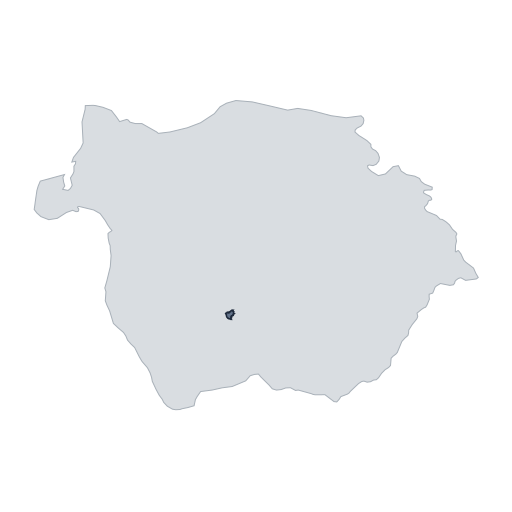 Ditrau, Harghita, Romania shown in context, rotated 181°
{"feature_id": "2599482B10116484891151", "entity_name": "Ditrau", "entity_type": "district", "adm_level": 2, "iso_a3": "ROU", "parent_name": "Romania", "parent_adm1": "Harghita", "projection": "orthographic", "projection_center": [25.527, 46.847], "detail": "fine", "context": "in_parent", "style": "filled", "palette": "slate", "viewbox_px": 512, "rotation_deg": 181, "n_neighbors": 0, "source": "geoboundaries", "source_scale": "gbopen_adm2", "svg_char_len": 5556}
<svg xmlns="http://www.w3.org/2000/svg" viewBox="0 0 512 512"><g transform="rotate(181 256 256)"><path d="M407.4,288.9L412.6,295.7L419.1,299.2L433.9,302.5L435.2,302.0L435.3,301.3L434.2,300.3L434.0,299.0L434.7,297.4L436.7,297.2L440.1,298.5L446.3,296.2L455.3,290.2L463.8,288.7L471.7,291.6L475.9,295.2L478.6,298.7L478.0,303.2L477.7,306.0L476.2,317.7L475.0,322.1L473.0,327.1L448.9,334.1L450.4,331.2L449.6,326.4L448.4,322.7L450.5,319.3L445.0,318.3L442.7,320.3L441.0,323.5L442.9,330.8L440.4,334.9L439.5,337.3L439.6,342.6L438.1,345.0L437.9,347.5L441.8,346.7L440.2,351.4L433.2,360.6L430.8,366.0L432.3,387.0L429.4,399.7L429.3,403.4L421.4,403.8L419.1,403.6L411.6,402.0L403.1,398.9L398.0,392.6L394.7,388.0L387.7,390.3L386.3,389.8L384.3,387.6L379.0,386.3L372.4,386.4L357.5,378.3L355.8,376.9L344.2,378.5L326.9,383.0L313.7,388.3L300.1,397.6L294.5,404.6L288.1,408.3L278.8,411.1L262.4,410.0L245.3,406.4L226.9,402.4L216.9,404.3L203.5,402.5L183.4,397.6L168.3,395.8L153.4,398.0L151.0,395.8L150.5,393.5L151.2,390.2L153.3,387.7L157.0,385.8L159.0,383.8L159.2,381.7L155.3,378.3L147.2,373.4L143.9,370.4L143.1,369.7L143.0,367.1L141.4,365.0L138.2,363.4L135.8,360.7L134.3,356.7L134.8,353.1L137.4,349.8L140.6,348.4L144.5,349.0L146.1,348.1L145.5,345.7L141.9,342.5L135.1,338.5L128.0,340.3L120.5,347.7L115.2,348.8L112.3,343.4L106.8,340.0L98.7,338.6L93.9,336.4L92.1,333.3L88.7,330.8L81.0,327.9L81.1,325.5L82.4,325.0L85.1,325.0L88.9,324.6L89.5,323.3L89.6,322.1L86.8,320.4L83.9,319.2L82.4,318.1L81.5,316.8L81.3,315.6L82.2,314.8L83.4,314.8L84.6,314.1L85.4,311.3L87.2,309.1L88.3,308.3L88.3,306.6L87.2,304.9L85.7,303.4L83.4,302.5L76.2,299.6L72.6,296.0L70.4,295.8L66.9,293.7L63.1,290.5L60.0,286.1L56.6,283.2L55.7,282.0L55.7,281.0L56.4,279.8L56.5,278.5L55.8,274.4L56.7,270.1L56.7,266.0L56.8,264.1L56.1,263.5L55.5,264.1L54.5,264.8L53.7,264.9L51.2,261.8L48.2,255.5L46.1,253.4L41.8,250.3L38.3,247.7L35.9,242.5L33.4,238.4L35.3,236.9L46.0,235.3L50.8,237.8L53.1,237.2L55.4,235.5L56.6,234.1L56.9,232.5L58.1,230.7L61.7,230.0L71.1,231.7L75.1,229.2L76.5,227.8L77.6,224.6L78.7,222.0L82.2,220.8L82.2,218.4L81.9,215.8L84.1,210.1L85.5,207.8L87.4,207.0L89.8,205.3L94.0,201.7L93.2,198.4L94.1,196.0L98.6,190.2L102.0,184.6L102.1,181.7L102.7,179.2L105.6,176.6L108.7,173.1L113.0,162.1L114.5,160.3L117.1,158.3L119.1,156.2L119.6,148.9L121.5,146.8L124.9,144.6L128.4,140.9L131.3,136.5L133.5,134.4L136.3,134.0L139.3,132.3L142.7,131.8L145.9,132.8L148.0,132.4L151.2,130.3L159.4,122.2L160.6,120.6L162.2,119.5L168.7,116.9L170.4,114.1L172.7,111.5L175.5,111.8L184.6,118.5L194.6,118.3L196.4,118.6L197.0,118.8L198.2,119.3L211.4,122.7L213.4,122.4L214.0,122.2L219.3,124.9L224.0,124.6L228.5,122.9L233.2,122.3L237.4,123.5L240.7,127.2L249.0,135.1L251.5,138.0L255.4,137.6L259.7,136.2L264.1,131.0L277.5,125.1L287.6,123.6L297.5,121.2L309.0,119.5L312.3,114.6L314.1,111.3L315.3,105.2L321.4,103.3L327.3,102.0L329.3,101.2L333.6,100.9L336.9,101.4L342.1,104.3L345.7,108.0L347.2,111.0L350.4,115.2L353.7,121.1L357.5,128.9L358.3,132.9L359.8,137.2L362.6,142.4L367.8,148.2L368.6,149.3L371.0,153.3L375.7,162.3L379.6,165.9L383.0,169.7L384.7,173.7L387.1,177.2L392.8,181.9L397.4,186.1L401.4,198.6L404.2,204.3L405.9,208.6L405.4,217.6L406.6,221.4L404.7,228.5L401.5,242.7L400.9,253.9L401.8,259.9L402.0,263.8L403.0,266.2L404.1,271.3L404.4,275.8L403.1,277.1L401.3,278.2L400.5,279.1L402.4,281.1L404.9,284.7L407.4,288.9Z" fill="#d9dde1" stroke="#a8b0b8" stroke-width="1"/><path d="M284.3,198.5L284.5,198.5L284.7,198.4L285.0,198.4L285.2,198.2L285.3,198.0L285.4,197.9L285.3,197.7L285.2,197.7L285.0,197.4L284.9,197.3L284.9,197.2L284.6,196.9L284.5,196.6L284.6,196.3L284.6,196.1L284.6,195.8L284.5,195.6L284.4,195.5L284.4,195.4L284.4,195.2L284.3,194.9L284.2,194.7L284.1,194.4L283.9,194.3L283.8,194.2L283.7,194.0L283.6,193.9L283.4,193.8L283.4,193.7L283.2,193.6L283.1,193.3L282.8,193.3L282.8,193.2L282.7,193.1L282.5,192.9L282.4,192.9L282.2,192.8L281.8,192.8L281.6,192.7L281.4,192.8L281.3,192.7L281.2,192.7L280.9,192.6L280.7,192.7L280.4,192.5L280.4,192.4L280.2,192.3L280.1,192.2L279.8,192.2L279.9,192.3L279.8,192.5L280.0,192.5L279.9,192.7L279.9,192.8L279.8,193.0L280.0,193.2L280.0,193.3L280.1,193.5L280.0,193.9L280.0,194.0L280.1,194.3L279.8,194.3L279.7,194.3L279.7,194.5L279.8,194.7L279.8,194.8L279.8,195.0L279.7,195.0L279.8,195.1L279.7,195.3L279.6,195.5L279.5,195.8L279.4,195.8L279.1,195.7L278.9,195.6L278.7,195.7L278.6,195.8L278.5,196.1L278.4,196.2L278.4,196.3L278.2,196.4L278.0,196.2L277.8,196.2L277.8,196.3L277.7,196.3L277.6,196.5L277.6,196.8L277.7,197.0L277.8,197.0L277.9,197.3L277.7,197.4L277.5,197.5L277.2,197.6L277.3,197.9L277.2,197.9L277.0,198.0L277.3,198.1L277.3,198.3L277.2,198.5L277.3,198.6L277.5,198.7L277.5,198.8L277.5,199.0L277.4,199.0L277.5,199.9L277.7,200.0L277.8,200.0L277.8,199.9L277.9,200.0L277.7,200.1L277.8,200.3L277.7,200.3L277.8,200.4L277.9,200.7L277.9,200.8L277.9,201.1L278.2,201.2L278.2,201.3L278.3,201.4L278.2,201.4L278.3,201.3L278.5,201.4L278.6,201.5L278.8,201.4L279.1,201.3L279.2,201.2L279.3,201.1L279.5,201.1L279.7,200.9L279.7,201.0L279.7,200.9L279.8,200.9L280.0,200.8L280.1,200.7L280.1,200.8L280.1,200.7L280.3,200.6L280.4,200.4L280.5,200.4L280.6,200.2L280.8,200.1L281.0,200.0L280.9,199.8L281.0,199.8L281.1,199.7L281.2,199.8L281.4,199.7L281.5,199.6L281.8,199.6L281.8,199.4L281.9,199.2L282.0,199.1L281.9,199.0L281.9,198.9L281.9,198.7L282.0,198.6L282.4,198.7L282.5,198.6L282.8,198.7L283.0,198.7L283.1,198.8L283.2,198.7L283.4,198.8L283.3,199.0L283.2,199.1L282.9,199.3L283.0,199.3L283.3,199.4L283.5,199.3L283.5,199.2L283.8,199.0L284.0,199.0L284.0,198.9L284.1,198.7L284.3,198.5Z" fill="#64748b" stroke="#1e293b" stroke-width="1.5"/></g></svg>